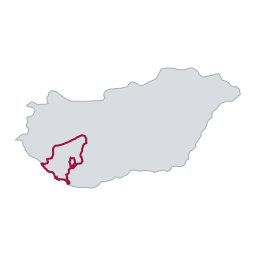 Somogy on a map of Hungary (Equal Earth projection)
{"feature_id": "HUN-3157", "entity_name": "Somogy", "entity_type": "County", "adm_level": 1, "iso_a3": "HUN", "parent_name": "Hungary", "parent_adm1": "", "projection": "equal_earth", "projection_center": [17.569, 46.411], "detail": "fine", "context": "in_parent", "style": "outline", "palette": "rose", "viewbox_px": 256, "rotation_deg": 0, "n_neighbors": 0, "source": "natural_earth", "source_scale": "10m", "svg_char_len": 4087}
<svg xmlns="http://www.w3.org/2000/svg" viewBox="0 0 256 256"><path d="M215.4,74.1L218.5,73.8L219.4,74.1L220.0,76.0L220.9,77.4L221.7,79.2L222.8,80.5L225.3,81.0L228.5,82.6L230.6,85.6L233.8,86.9L234.0,86.9L234.6,86.8L236.9,86.7L237.3,87.3L239.1,88.8L239.9,90.1L239.6,91.5L239.9,93.0L240.6,93.6L239.8,94.6L234.2,99.9L232.0,101.3L230.5,101.6L228.1,101.0L225.6,101.4L223.5,102.6L221.5,102.9L220.0,104.3L218.1,107.1L215.7,109.6L213.3,111.1L212.1,112.5L212.0,117.1L210.7,118.5L208.9,119.8L208.0,121.0L205.3,128.2L203.3,130.5L201.3,132.2L201.0,133.8L201.1,135.7L198.9,139.3L196.0,143.2L195.4,144.7L196.1,146.9L193.3,149.3L191.7,150.5L190.3,151.0L189.5,152.5L188.2,156.3L188.6,157.9L188.6,159.5L186.2,160.4L185.5,162.1L185.0,164.2L184.0,165.1L181.2,166.8L174.4,166.1L171.9,166.7L171.1,167.9L171.0,168.9L170.1,169.9L168.6,171.0L167.0,171.6L163.4,170.1L155.8,171.6L154.5,172.6L153.5,171.9L151.8,171.2L144.2,170.4L141.2,171.0L137.1,170.8L133.4,170.0L130.6,170.6L128.2,173.6L127.0,174.6L126.0,175.2L123.9,176.1L122.2,177.2L119.8,178.0L117.8,177.9L115.8,176.7L115.1,177.0L114.4,178.1L113.4,179.1L110.4,180.4L109.7,180.3L107.2,181.2L103.5,181.7L101.6,181.4L98.2,185.5L97.2,186.2L94.0,187.5L91.3,188.1L89.0,187.6L88.1,187.6L78.0,187.4L72.7,186.5L69.3,184.9L67.1,183.1L66.0,181.1L63.4,179.9L59.2,179.5L56.0,177.5L53.7,174.0L50.6,171.3L46.7,169.2L43.6,166.4L41.3,162.6L37.2,159.3L31.2,156.3L29.4,155.7L29.1,154.7L26.2,151.0L24.9,149.7L25.0,147.9L24.5,146.8L23.4,146.1L22.9,143.5L22.5,141.5L21.7,140.3L15.4,140.0L20.7,135.3L23.4,134.0L26.5,134.2L27.4,133.8L27.7,133.1L28.2,131.6L28.5,130.2L28.8,128.8L28.5,128.1L27.0,127.8L26.3,124.5L27.1,123.3L27.8,122.4L26.9,118.3L27.2,117.0L29.6,116.8L31.6,115.9L33.2,114.9L33.7,113.7L35.0,111.1L33.8,108.0L26.9,106.0L26.6,105.2L28.2,104.3L29.9,103.1L30.9,102.1L32.2,102.0L34.1,102.5L37.4,104.7L38.7,105.0L39.9,104.4L41.2,104.2L44.9,104.3L48.0,103.8L47.3,101.4L47.3,99.7L46.8,98.3L47.1,96.7L48.4,95.6L48.8,92.9L50.7,91.1L51.6,90.8L55.0,91.2L55.8,91.6L56.4,91.7L61.8,96.1L66.9,99.4L71.1,101.1L77.3,101.3L83.8,101.4L94.8,100.8L103.0,100.4L103.6,99.6L104.8,97.6L103.8,95.9L103.8,93.9L105.2,91.3L109.2,89.2L120.9,88.2L127.5,86.6L128.5,84.5L130.7,82.3L132.7,81.9L135.5,82.9L138.9,84.8L141.8,85.8L143.5,85.1L149.4,81.9L156.1,78.8L160.6,70.3L161.1,69.0L166.1,68.0L173.5,68.2L177.3,69.3L180.2,69.9L184.4,69.7L190.5,67.9L192.8,67.9L194.6,69.2L196.5,70.3L197.9,71.7L198.9,73.6L199.5,74.3L200.3,75.3L201.9,76.6L203.4,77.0L214.7,74.6L215.4,74.1Z" fill="#d9dde1" stroke="#a8b0b8" stroke-width="1"/><path d="M56.6,178.6L56.2,178.5L55.9,178.2L55.3,178.0L55.3,177.7L55.5,177.7L56.0,177.5L55.9,177.1L55.4,177.0L54.8,176.8L54.6,176.1L54.5,175.7L54.1,174.3L53.9,173.9L52.6,172.3L52.2,172.1L49.5,172.0L49.0,171.8L47.4,170.7L47.0,170.3L46.8,169.9L46.5,169.5L44.7,168.2L44.4,167.8L43.6,166.4L42.3,165.1L42.1,164.9L41.9,164.7L41.5,163.8L42.8,163.4L43.7,164.3L46.0,163.5L46.6,163.4L47.2,163.3L47.8,162.6L48.0,161.6L47.4,160.5L47.1,159.2L47.9,159.0L51.7,158.2L52.1,156.8L52.7,155.8L53.2,154.3L53.0,148.6L54.3,146.6L55.7,145.6L57.9,145.7L59.3,145.1L61.0,144.9L67.8,142.3L73.8,139.2L75.3,138.8L76.6,137.6L77.4,137.1L78.3,136.9L81.5,135.3L83.3,135.5L85.0,136.1L85.7,137.8L86.4,138.9L86.3,139.2L86.2,139.5L86.2,141.9L86.4,143.1L84.9,143.7L84.5,143.8L84.2,144.0L83.8,144.7L83.3,145.3L83.1,145.9L83.0,146.7L82.4,148.0L82.1,149.6L82.0,151.3L81.0,153.0L80.4,155.0L80.7,156.8L81.5,157.1L82.4,161.3L81.8,161.8L81.6,162.7L80.9,163.4L77.1,163.8L74.0,167.4L73.0,168.2L71.3,168.2L69.8,168.7L68.8,169.7L68.9,172.4L68.3,173.7L66.3,174.7L67.3,177.3L66.8,178.2L67.2,179.5L67.9,180.6L68.8,181.3L69.4,182.2L69.3,183.5L68.5,183.9L67.6,183.8L67.5,183.6L67.5,183.1L67.3,182.4L67.3,182.1L67.0,181.7L65.4,180.1L64.2,179.6L62.8,179.4L59.9,179.3L59.6,179.4L59.5,179.6L59.4,179.7L59.2,179.8L59.0,179.1L58.6,179.0L57.8,179.3L57.2,179.3L57.1,179.2L57.1,178.8L56.9,178.0L56.6,178.6ZM71.6,158.3L70.7,157.7L70.3,158.4L70.3,159.6L70.1,160.8L69.3,161.7L70.2,164.0L70.5,166.6L71.8,165.7L72.9,166.4L73.3,165.3L74.0,163.9L75.1,163.1L74.8,160.8L73.8,158.3L73.8,158.1L71.6,158.3Z" fill="none" stroke="#9f1239" stroke-width="2"/></svg>